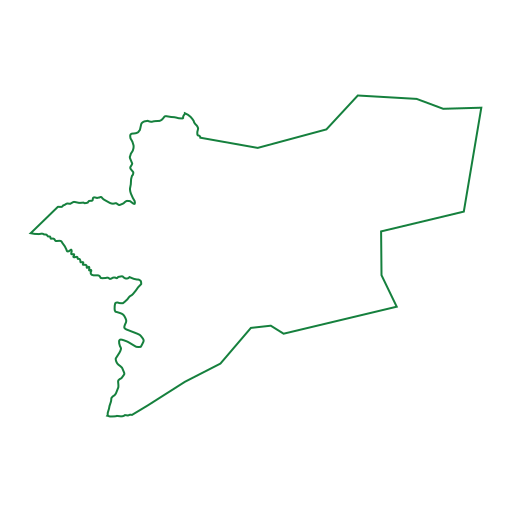 Santa Barbara, Santa Bárbara, Honduras
{"feature_id": "27666195B27779659720993", "entity_name": "Santa Barbara", "entity_type": "district", "adm_level": 2, "iso_a3": "HND", "parent_name": "Honduras", "parent_adm1": "Santa Bárbara", "projection": "mercator", "projection_center": [-88.269, 14.907], "detail": "fine", "context": "isolated", "style": "outline", "palette": "green", "viewbox_px": 512, "rotation_deg": 0, "n_neighbors": 0, "source": "geoboundaries", "source_scale": "gbopen_adm2", "svg_char_len": 5971}
<svg xmlns="http://www.w3.org/2000/svg" viewBox="0 0 512 512"><path d="M481.3,107.7L443.2,108.8L416.6,98.9L357.8,95.5L326.4,129.4L257.7,147.9L200.3,137.7L200.2,136.8L199.8,136.2L198.9,135.6L197.8,135.3L197.6,135.0L197.4,134.6L197.3,133.4L197.3,132.0L197.9,129.6L198.1,128.3L197.8,127.4L197.2,126.2L196.6,125.4L195.4,124.2L194.5,123.0L194.1,122.3L193.7,121.0L193.2,120.2L192.3,118.9L190.6,116.9L188.0,114.8L186.6,114.1L184.9,113.3L184.9,113.7L184.6,114.2L183.8,115.3L183.3,116.2L183.1,117.1L183.1,118.0L182.9,118.2L182.6,118.4L180.8,118.4L178.5,118.2L176.3,117.6L174.3,117.2L171.2,117.0L166.4,116.2L165.6,116.2L165.0,116.3L164.4,116.7L163.0,118.5L161.5,120.0L159.6,120.9L155.6,121.1L153.7,121.3L152.2,121.7L151.2,121.8L149.6,121.5L148.6,121.2L147.7,120.8L147.4,120.9L144.4,121.4L143.3,121.9L142.3,122.6L141.6,123.3L141.2,124.2L140.2,128.7L139.8,130.1L138.9,131.2L138.3,132.1L137.5,132.6L135.9,133.2L133.8,133.5L132.2,133.6L131.5,133.8L131.0,134.1L130.6,134.5L130.3,135.1L130.2,135.9L130.3,137.0L130.5,138.3L130.8,138.9L131.3,139.7L132.4,141.7L133.4,144.9L133.6,145.8L133.6,146.7L133.5,148.1L132.8,150.6L132.1,151.8L130.9,153.6L130.4,155.3L129.8,157.0L130.0,158.2L132.2,163.5L132.1,164.0L131.8,164.7L130.9,166.2L130.4,167.0L130.3,167.6L130.3,168.1L130.8,169.2L132.9,171.7L133.2,172.1L133.3,172.6L133.2,173.7L132.9,174.6L132.7,175.1L132.1,175.6L132.0,175.9L131.6,177.2L131.1,179.1L130.8,184.3L130.0,188.5L130.0,189.6L130.3,191.6L130.9,193.6L132.8,197.9L134.6,201.0L134.9,202.5L134.8,203.3L134.6,203.8L134.2,203.9L133.2,203.5L132.5,203.0L130.4,201.4L129.9,201.1L127.2,200.9L126.6,201.0L126.0,201.3L124.8,202.1L123.7,203.2L122.8,203.7L120.4,204.7L119.5,205.0L119.0,205.0L118.4,204.7L116.5,203.4L116.1,203.2L115.7,203.2L113.8,203.6L112.8,203.7L111.5,203.5L110.0,203.0L104.1,199.7L102.8,198.7L101.6,197.3L101.0,197.0L100.2,197.1L99.5,197.5L98.5,197.6L97.0,198.0L96.7,197.9L96.2,197.7L95.5,197.6L94.8,197.4L94.1,197.4L93.7,197.5L93.3,197.7L93.0,198.1L92.8,198.9L92.7,200.0L92.3,200.5L91.7,200.8L90.3,200.8L89.0,201.0L88.5,201.5L87.7,202.6L86.3,203.0L84.5,203.2L84.1,203.0L83.7,202.7L83.4,202.6L80.0,202.9L79.1,202.9L74.9,202.0L74.0,201.9L73.5,202.0L72.8,202.3L70.2,203.8L67.4,203.5L66.9,203.6L65.8,204.1L64.5,205.0L63.3,205.3L62.3,206.5L61.5,206.9L59.8,206.9L58.6,206.8L57.8,206.9L30.7,233.2L34.7,233.9L37.5,234.0L38.5,234.1L39.5,234.0L41.4,233.7L42.2,233.7L43.1,233.9L43.9,234.4L46.2,234.6L46.6,234.8L48.0,236.4L49.0,236.5L49.7,236.5L50.0,236.6L50.4,237.3L50.5,237.7L50.6,238.3L50.8,238.6L51.1,238.7L51.9,238.6L53.2,238.6L53.9,238.9L54.3,239.1L55.1,240.4L55.6,240.9L56.0,241.0L56.6,241.0L59.6,240.8L60.6,241.0L61.3,241.3L61.7,241.8L62.4,243.0L64.8,246.3L66.4,249.5L66.7,250.5L67.1,251.2L67.4,251.4L67.7,251.4L68.7,251.3L69.2,251.0L70.8,249.8L71.1,249.7L71.3,249.8L71.5,250.2L71.7,251.2L71.2,253.3L71.3,254.0L71.6,254.2L73.7,254.2L74.0,254.3L74.1,254.5L74.2,254.8L74.1,255.2L73.6,256.0L73.4,256.5L73.4,256.8L73.6,257.1L73.8,257.2L74.3,257.3L76.3,256.9L76.9,256.9L77.2,257.0L77.5,257.4L77.6,258.4L77.8,258.8L79.4,259.0L79.9,259.4L80.4,260.8L80.4,261.7L80.6,262.2L81.1,262.3L82.6,262.1L82.9,262.2L83.2,262.4L83.3,262.8L82.9,264.2L82.9,264.5L83.0,264.7L83.7,264.8L85.1,264.8L85.8,264.9L86.3,265.3L86.7,265.9L86.7,267.3L86.8,267.6L87.0,267.8L87.6,267.6L88.6,266.9L88.9,266.9L89.1,267.0L89.3,267.6L89.1,269.9L89.1,270.2L89.3,270.4L89.5,270.5L89.8,270.4L90.5,269.9L90.8,269.9L91.1,270.1L91.2,270.4L91.3,270.8L90.8,272.1L90.7,272.7L90.7,273.2L90.9,273.8L91.2,274.2L91.5,274.6L92.0,274.9L93.5,275.3L97.5,275.3L98.6,275.5L99.5,276.0L100.3,277.2L100.5,277.7L100.7,277.9L101.0,278.0L102.4,278.2L103.9,278.1L105.7,278.0L106.9,277.7L107.7,277.7L108.5,277.9L109.5,278.7L110.0,278.9L110.9,278.7L111.5,278.5L112.6,277.8L113.9,277.5L114.8,277.5L115.5,277.7L116.3,278.1L116.9,278.1L117.2,278.0L118.3,276.9L120.1,276.6L121.5,276.3L122.1,276.3L122.7,276.5L123.0,276.7L123.6,277.4L125.3,278.4L126.0,278.5L127.1,278.5L128.4,278.1L129.5,277.1L132.9,278.5L134.0,278.9L136.8,279.5L137.9,279.5L138.9,279.7L140.2,280.5L140.7,281.0L140.9,281.3L141.1,282.3L141.2,283.5L141.2,284.0L140.9,284.4L138.1,287.3L135.7,290.7L132.9,294.1L131.7,295.2L130.4,295.9L129.6,296.5L128.8,297.4L127.4,299.3L124.7,301.8L123.2,303.0L122.9,303.2L122.3,303.2L121.0,303.2L119.7,303.1L119.1,303.0L117.7,302.5L116.4,302.6L115.9,302.8L115.4,303.1L115.2,303.5L115.0,304.2L114.7,305.9L114.6,308.9L114.8,310.4L115.3,311.4L115.5,311.7L115.9,311.8L117.4,312.2L120.5,313.2L121.9,313.8L122.7,314.3L123.6,315.1L124.4,316.2L125.1,317.5L125.7,318.8L126.2,320.3L126.2,321.4L125.9,322.6L125.0,324.5L124.4,326.3L124.3,327.4L124.4,327.8L124.6,328.1L125.4,328.9L126.5,329.5L137.3,333.7L139.4,334.7L140.1,335.2L140.8,335.9L142.0,337.4L142.9,338.6L143.5,339.8L143.6,340.3L143.6,340.9L143.5,341.4L143.2,342.2L141.8,345.0L140.9,346.6L140.7,346.8L140.3,346.9L138.6,347.0L136.8,346.9L135.8,346.6L128.3,342.1L126.6,341.3L123.9,340.3L121.9,339.7L121.0,339.6L120.4,339.6L119.9,339.8L119.6,340.1L119.3,340.5L119.1,341.0L119.1,341.6L119.2,343.4L119.9,345.9L120.1,346.5L120.6,347.2L120.8,347.8L121.0,348.5L120.9,349.2L120.4,350.8L119.5,352.6L115.8,358.4L115.7,359.0L115.8,359.8L116.0,360.8L116.4,361.8L116.8,362.7L117.4,363.6L118.3,364.6L120.4,366.2L121.8,367.5L122.1,367.9L122.6,369.0L124.1,372.6L124.3,373.4L124.3,374.0L124.1,374.5L123.5,375.4L121.6,378.0L120.9,378.5L119.7,379.1L118.6,380.1L118.3,380.5L118.1,381.6L118.4,385.0L118.4,386.4L118.3,387.4L116.1,393.0L115.7,393.8L114.5,395.3L113.2,396.1L112.4,396.8L111.7,397.7L111.4,398.1L111.3,398.8L111.2,400.2L111.0,401.3L110.7,402.4L109.5,406.0L109.0,408.7L107.8,412.6L107.7,413.5L107.7,415.0L107.5,415.4L107.3,415.7L108.2,415.9L109.2,416.3L110.1,416.5L114.0,416.4L116.0,416.2L116.9,415.9L120.5,416.3L121.8,416.3L122.7,416.2L123.3,416.0L124.1,415.7L124.7,415.2L125.0,415.1L126.7,415.3L127.9,415.5L130.1,414.7L132.0,414.9L147.8,405.4L184.9,381.8L220.4,363.6L250.9,327.9L270.8,325.7L283.6,333.7L396.7,306.7L381.5,275.2L381.1,231.4L463.8,211.6L481.3,107.7Z" fill="none" stroke="#15803d" stroke-width="2"/></svg>